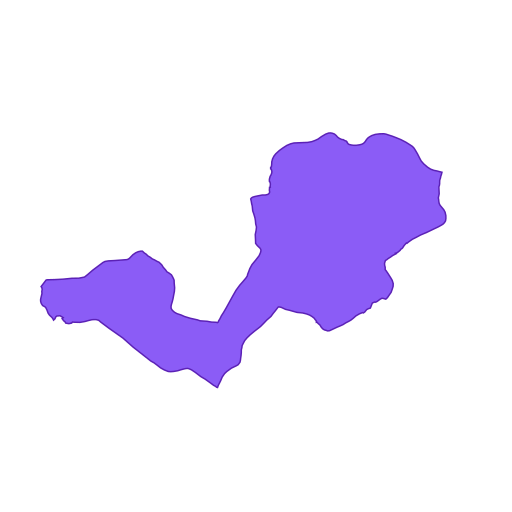 Kourweogo, Kourwéogo, Burkina Faso (Equal Earth projection), rotated 50°
{"feature_id": "67063806B35388046796178", "entity_name": "Kourweogo", "entity_type": "district", "adm_level": 2, "iso_a3": "BFA", "parent_name": "Burkina Faso", "parent_adm1": "Kourwéogo", "projection": "equal_earth", "projection_center": [-1.825, 12.601], "detail": "fine", "context": "isolated", "style": "filled", "palette": "violet", "viewbox_px": 512, "rotation_deg": 50, "n_neighbors": 0, "source": "geoboundaries", "source_scale": "gbopen_adm2", "svg_char_len": 5239}
<svg xmlns="http://www.w3.org/2000/svg" viewBox="0 0 512 512"><g transform="rotate(50 256 256)"><path d="M268.8,404.1L270.7,403.4L272.2,402.8L276.1,401.9L280.4,401.0L284.3,399.5L288.0,397.5L289.8,395.7L291.5,393.3L293.6,389.7L294.8,386.8L296.3,383.6L297.2,382.0L298.2,380.6L299.3,379.8L301.7,378.6L306.2,377.3L312.9,375.8L317.7,374.1L322.4,372.9L327.8,371.6L329.8,370.8L331.3,370.5L332.0,370.0L330.9,368.1L328.8,363.2L327.0,359.7L325.9,355.7L325.7,352.6L325.9,349.7L326.1,346.9L326.8,344.1L327.4,341.8L327.8,339.6L327.5,338.3L327.1,336.6L325.9,335.0L324.2,333.2L322.5,331.3L320.6,329.4L318.4,327.5L317.1,325.7L315.7,324.2L314.5,321.4L313.5,318.9L312.9,315.4L312.6,311.1L312.6,305.9L312.8,301.2L312.9,297.8L312.5,293.3L312.0,288.9L311.9,283.4L311.0,279.7L310.5,277.0L310.0,274.7L309.6,272.9L309.4,271.6L309.8,271.1L311.5,269.7L315.8,267.7L319.0,265.3L321.5,263.6L325.6,260.8L329.6,256.9L332.9,254.5L335.7,252.9L338.3,252.0L341.1,251.4L343.0,251.6L343.7,251.5L344.3,251.5L345.6,252.4L345.9,251.8L347.5,251.8L350.0,251.4L352.6,251.8L354.8,251.7L356.6,251.1L358.0,250.1L359.4,249.3L360.5,247.7L361.2,245.1L362.6,239.8L363.7,236.3L364.5,233.4L364.9,230.3L365.7,226.8L366.1,224.5L366.2,221.7L366.1,217.9L366.8,213.9L367.8,210.8L368.6,210.4L368.8,208.8L368.2,205.6L368.6,203.8L369.4,201.9L366.8,197.1L367.5,194.8L368.3,194.0L368.7,192.2L368.9,188.7L369.3,186.8L370.0,186.0L372.5,184.3L372.4,182.1L371.6,179.3L370.7,175.9L369.0,173.0L367.4,170.5L365.3,168.6L362.2,167.3L359.3,166.8L354.0,166.1L350.9,165.8L349.5,165.8L347.7,164.3L345.8,163.4L344.2,162.2L342.7,159.9L342.7,159.3L342.9,158.1L342.9,156.5L343.3,153.6L343.5,150.9L344.3,147.2L343.6,147.3L344.0,146.4L344.3,144.8L344.3,141.9L343.9,140.8L344.1,139.4L344.0,138.4L343.2,135.8L343.0,134.6L342.7,132.4L343.3,132.2L343.3,130.1L343.7,125.4L344.7,121.2L345.7,116.4L347.8,109.5L349.6,102.4L350.8,97.8L351.4,94.8L351.8,92.4L351.6,90.2L350.9,88.2L349.4,86.5L347.1,84.6L344.0,83.0L341.2,82.4L337.9,82.4L335.5,82.4L333.5,81.9L331.9,81.0L330.0,79.7L328.7,79.0L326.1,75.7L322.7,73.1L320.6,71.5L319.7,70.0L318.6,68.8L317.4,67.8L316.0,66.5L314.8,64.5L313.7,63.2L312.7,61.5L312.1,60.7L311.4,59.7L307.2,62.7L304.7,64.7L301.7,66.4L298.2,67.5L293.3,68.3L289.4,68.4L286.1,67.7L281.4,66.6L276.5,65.8L274.4,65.6L272.4,65.8L270.0,66.5L265.3,68.0L260.0,70.2L258.1,71.2L255.6,72.5L251.8,74.6L248.8,76.5L246.2,78.1L244.4,79.6L241.8,82.9L239.5,86.5L238.2,89.8L237.8,91.7L237.5,93.9L237.8,96.4L238.4,98.3L238.7,99.7L238.8,101.3L238.4,103.1L237.5,105.0L235.6,108.1L234.1,109.9L232.5,111.4L230.9,112.6L229.9,113.2L229.2,113.3L228.3,113.2L227.5,113.2L227.1,112.9L225.9,113.0L224.9,113.7L222.9,114.4L221.9,115.4L219.6,116.5L217.3,117.1L215.3,117.1L213.0,117.5L211.2,118.5L209.7,119.7L208.5,121.3L207.4,124.3L206.6,129.2L206.3,133.3L205.5,136.3L204.3,139.7L202.2,143.4L199.4,147.0L195.8,151.7L193.8,154.3L192.3,157.4L191.1,161.3L190.5,166.0L190.2,170.3L190.4,175.1L191.0,178.0L192.2,180.8L194.0,183.4L195.8,185.0L197.1,186.4L197.6,186.9L197.5,187.8L198.7,188.8L199.3,188.5L200.3,188.9L201.7,189.7L202.6,190.7L203.5,192.3L204.1,194.0L204.8,195.0L205.4,195.9L206.3,196.9L207.7,197.9L208.4,197.7L210.1,198.7L211.6,200.2L212.5,200.8L212.1,201.5L213.3,202.6L214.2,203.5L215.0,203.9L215.5,204.3L215.8,204.4L216.1,205.0L216.4,205.5L216.5,206.2L216.5,206.9L216.2,207.8L215.3,209.6L213.3,212.0L211.2,215.8L209.7,218.6L208.8,220.7L208.6,222.0L208.7,222.8L208.9,223.4L210.9,224.4L213.3,225.8L215.2,226.7L216.8,227.8L219.3,229.5L222.7,230.8L226.1,232.3L228.5,233.7L231.2,235.6L234.1,237.0L236.4,239.4L239.1,242.8L242.8,245.6L244.6,247.0L246.1,248.2L248.9,248.3L250.8,248.1L252.5,247.9L254.0,248.1L255.1,248.8L256.3,250.4L257.8,253.5L258.9,258.6L260.0,264.6L261.7,268.9L263.3,271.7L264.6,274.1L265.7,275.5L266.4,277.9L267.2,282.5L267.9,287.2L269.4,293.3L271.8,299.8L276.5,311.9L278.4,317.2L279.5,320.8L280.9,324.0L281.7,326.4L282.3,327.4L282.3,328.3L281.2,329.1L278.0,332.6L274.6,335.4L269.8,340.4L267.3,341.9L261.4,346.4L256.5,349.6L253.0,351.3L249.3,353.6L246.7,354.6L243.8,355.0L241.6,354.7L239.9,353.4L238.6,351.7L237.1,349.4L235.5,347.2L233.2,344.4L230.6,341.2L228.1,338.8L224.2,336.1L221.9,334.3L220.4,333.8L217.9,333.2L216.0,332.9L213.1,333.6L210.9,334.4L208.7,334.2L204.9,334.3L202.3,333.9L201.1,334.0L198.4,334.3L196.6,335.2L193.6,336.3L191.6,337.3L189.1,337.8L186.3,338.8L184.2,338.9L181.9,339.6L179.3,339.9L178.3,341.0L177.0,343.4L176.2,346.1L175.9,349.4L176.4,354.3L176.3,355.8L175.8,357.2L173.8,360.0L168.7,367.1L164.8,372.3L163.1,375.2L162.6,377.4L161.9,390.3L162.0,396.7L161.9,400.9L159.1,406.0L154.7,411.4L149.8,418.6L144.6,425.5L140.2,431.0L139.8,431.6L139.5,432.3L141.3,440.3L142.6,440.4L144.2,441.3L145.5,442.9L147.1,444.0L150.3,448.3L151.2,449.3L152.6,450.3L154.4,451.0L156.8,451.3L159.1,450.4L160.3,450.2L161.4,450.5L162.4,450.7L162.8,450.8L166.2,452.0L168.5,452.2L171.9,451.8L173.4,451.9L175.0,452.3L174.9,450.4L173.9,448.4L174.0,447.1L175.8,444.5L179.3,443.3L179.3,444.8L180.1,444.8L182.0,445.0L183.4,444.6L185.1,444.9L187.5,442.9L188.3,441.5L188.5,440.7L188.9,440.4L188.6,439.1L189.9,437.8L193.7,433.5L196.2,429.2L197.7,425.9L199.3,422.7L200.4,421.2L202.0,419.3L204.2,417.8L206.9,417.4L217.1,415.0L233.3,410.7L246.8,408.7L267.3,404.4L268.8,404.1Z" fill="#8b5cf6" stroke="#5b21b6" stroke-width="1.5"/></g></svg>